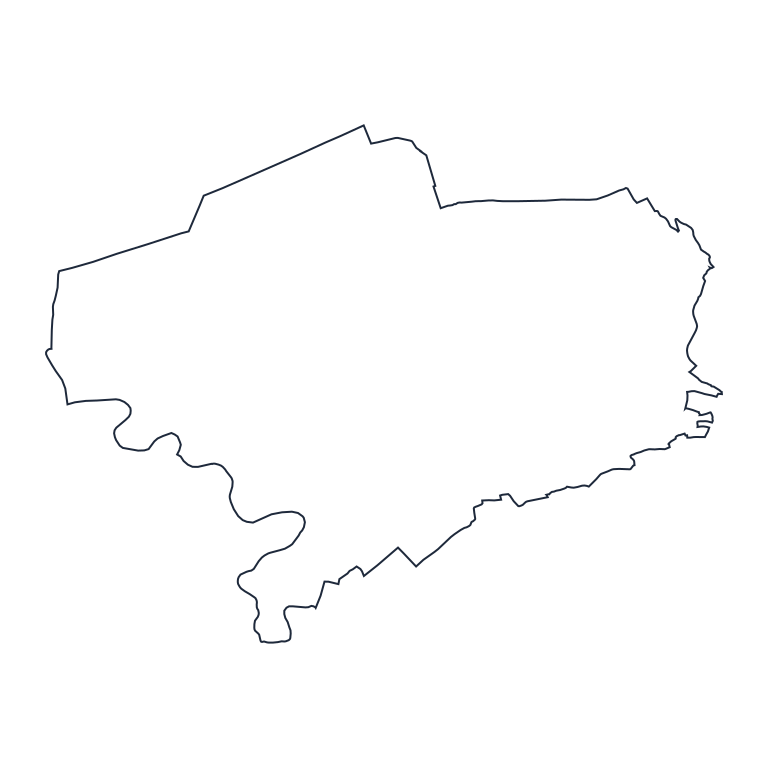 outline of Grosi, Maramures, Romania
{"feature_id": "2599482B61705992201694", "entity_name": "Grosi", "entity_type": "district", "adm_level": 2, "iso_a3": "ROU", "parent_name": "Romania", "parent_adm1": "Maramures", "projection": "natural_earth1", "projection_center": [23.601, 47.611], "detail": "fine", "context": "isolated", "style": "outline", "palette": "slate", "viewbox_px": 768, "rotation_deg": 0, "n_neighbors": 0, "source": "geoboundaries", "source_scale": "gbopen_adm2", "svg_char_len": 6087}
<svg xmlns="http://www.w3.org/2000/svg" viewBox="0 0 768 768"><path d="M315.7,607.9L320.6,595.7L324.5,581.6L328.5,581.7L338.4,584.1L339.4,579.1L347.5,573.5L349.6,570.9L352.8,569.3L356.6,566.5L360.4,569.0L362.0,571.3L363.9,576.0L377.4,565.3L398.0,547.6L403.8,553.5L416.1,566.5L423.4,559.8L434.4,552.0L438.1,549.1L450.9,537.0L454.5,534.2L460.6,530.0L464.4,527.9L466.6,527.3L468.0,526.6L469.4,525.8L470.4,524.9L471.4,522.2L472.0,521.7L473.1,521.2L474.9,519.6L475.2,519.0L475.1,517.9L474.3,512.9L473.8,508.4L474.2,507.5L475.8,506.7L477.6,506.1L481.6,504.4L482.5,503.3L482.2,500.5L488.8,500.2L494.3,500.4L501.1,499.7L500.1,495.5L502.3,494.8L508.2,494.1L510.1,495.8L513.7,501.2L518.3,506.1L519.3,506.2L520.9,505.7L522.7,504.9L525.4,502.3L526.1,501.8L527.4,501.3L547.7,497.2L546.8,495.2L546.4,494.8L548.7,494.2L549.3,494.3L550.2,493.1L551.9,491.9L554.0,491.6L556.3,490.7L560.1,490.0L564.5,488.5L565.9,487.8L567.0,486.7L571.3,487.5L573.7,487.7L577.5,487.0L582.0,485.7L584.5,485.5L586.9,485.9L588.8,486.6L596.3,479.1L599.7,475.2L600.7,474.2L601.4,473.8L607.7,471.4L611.8,469.6L613.4,469.2L619.1,468.9L629.9,469.3L630.7,468.9L633.1,465.8L633.6,465.4L634.5,465.2L634.2,461.6L633.9,460.5L632.5,458.9L631.3,458.0L630.9,457.5L630.6,456.7L630.5,456.2L630.6,455.8L631.7,455.0L633.9,454.4L634.2,454.1L636.7,453.1L640.7,452.0L644.2,450.5L648.6,449.3L649.7,449.2L654.8,449.4L659.7,449.0L664.7,449.2L665.7,448.9L669.7,447.2L669.1,444.6L668.5,444.1L668.6,443.7L671.2,441.3L675.5,438.8L675.7,438.6L675.7,437.2L676.6,436.2L679.0,435.1L679.9,435.1L684.6,433.6L685.5,435.5L687.1,435.3L687.3,437.7L690.0,437.7L693.7,437.1L696.0,437.0L704.9,437.1L706.2,434.5L707.9,431.5L709.2,427.6L706.7,426.9L703.4,426.4L700.8,426.5L697.5,427.0L697.7,425.6L697.3,423.4L697.4,421.9L698.1,421.5L699.9,421.3L705.8,421.2L707.6,421.4L712.0,422.6L712.8,420.8L712.4,418.8L712.6,417.7L712.5,416.6L712.2,415.5L711.3,413.5L710.6,412.4L710.2,412.4L706.5,413.8L703.5,414.6L701.9,415.0L699.9,415.1L700.1,414.8L700.0,414.4L698.9,413.2L698.9,412.2L696.9,411.6L693.0,410.1L688.5,408.8L686.1,408.3L685.5,408.3L685.3,408.5L687.3,400.3L687.5,395.5L687.1,391.9L688.6,391.8L691.6,391.2L694.5,391.1L701.8,393.1L704.5,394.0L711.5,395.4L716.6,396.8L717.1,395.6L718.2,393.8L721.9,394.1L721.7,391.9L721.0,391.7L719.5,390.2L713.7,386.6L711.5,386.3L711.2,386.0L710.9,385.2L708.3,384.2L707.4,383.5L701.7,381.9L698.9,379.6L698.2,378.5L689.4,372.0L690.7,371.2L696.2,365.8L690.6,360.6L689.6,359.3L688.1,356.5L687.7,355.1L687.3,353.2L687.0,350.5L687.2,348.5L687.9,345.6L694.7,332.9L696.0,330.3L696.8,327.8L697.1,326.2L696.7,323.9L693.7,315.8L693.3,314.1L693.1,311.6L693.2,310.2L694.5,305.6L697.3,300.9L698.1,298.9L698.4,297.3L700.1,295.8L701.0,294.0L703.3,286.0L705.1,281.0L703.2,277.9L704.2,275.3L706.1,273.6L706.5,273.0L706.7,271.9L707.3,271.0L708.2,270.0L709.5,269.1L710.3,268.3L709.9,267.6L711.2,268.2L712.2,267.9L713.5,267.0L710.7,264.0L709.5,261.5L709.2,260.0L709.2,258.5L709.8,257.7L709.9,257.0L709.4,255.7L708.3,254.5L707.4,254.1L705.4,252.5L703.8,251.6L701.0,249.6L699.4,245.3L698.0,243.0L695.8,240.0L693.8,236.1L693.4,234.7L693.2,232.2L692.7,230.0L691.1,227.9L686.1,224.6L683.8,224.0L681.1,222.7L679.5,221.6L677.0,219.0L675.9,219.0L675.5,219.4L675.5,220.6L677.9,228.1L678.9,230.6L678.0,231.6L676.5,230.0L671.3,227.2L670.1,226.1L668.0,221.4L666.1,218.8L664.5,217.5L660.5,215.8L659.3,214.1L657.9,211.4L657.1,211.0L654.8,211.1L647.1,198.4L636.9,202.9L633.7,199.4L627.6,188.6L625.9,188.0L623.5,189.3L619.1,190.5L607.7,195.5L596.6,199.3L589.4,199.8L561.2,199.6L545.4,200.7L517.7,201.2L503.0,201.2L497.2,200.9L493.0,200.4L488.2,200.5L481.3,201.1L475.7,201.2L471.6,201.7L461.7,202.6L459.5,202.5L457.6,202.9L455.8,204.1L454.2,204.1L452.5,205.1L450.1,205.5L447.9,205.7L440.7,208.2L433.5,186.5L435.3,185.9L426.3,155.3L420.6,151.4L420.9,151.2L416.3,147.9L412.2,141.5L411.3,141.0L410.1,140.6L397.8,137.9L395.4,138.0L377.8,142.3L371.1,143.6L363.7,125.4L339.9,136.3L325.5,142.5L300.6,153.9L247.8,177.1L222.7,188.1L203.7,195.7L199.7,205.5L188.7,231.4L181.2,233.3L148.0,244.1L116.8,253.8L93.0,261.9L72.1,267.9L59.2,271.1L58.2,274.5L57.6,287.6L55.8,295.8L54.6,300.5L53.3,304.1L52.9,306.8L53.2,314.8L52.4,319.6L51.8,329.9L51.4,347.8L51.5,348.8L49.4,349.0L48.2,349.6L47.0,350.7L46.1,352.2L46.1,354.2L47.5,357.4L52.0,365.1L55.7,371.0L62.1,380.0L65.3,388.5L67.5,404.4L74.9,402.3L85.8,400.9L97.2,400.5L115.9,399.3L119.6,399.9L124.4,402.0L128.0,404.9L130.4,408.1L130.7,410.7L130.4,413.8L128.9,416.7L125.5,420.0L116.3,427.7L114.6,430.3L114.1,433.3L114.9,437.1L116.1,440.1L119.7,445.6L122.8,447.9L138.1,450.6L144.3,450.4L148.6,449.1L154.3,441.4L157.6,438.5L163.0,436.0L171.4,433.0L174.7,434.5L177.6,436.5L180.1,442.5L180.8,444.8L179.3,450.2L177.1,454.5L180.7,456.5L183.6,461.0L187.9,464.7L192.5,466.8L197.9,466.9L211.5,463.8L212.1,464.0L212.9,463.7L215.0,463.7L218.5,464.6L221.0,465.6L222.8,466.9L225.2,469.5L226.2,471.1L230.9,477.1L231.7,478.3L232.6,481.1L232.6,482.7L232.3,486.7L229.9,494.7L229.7,496.4L229.8,498.0L230.8,501.9L233.8,509.2L238.2,516.1L242.7,520.1L246.8,521.8L253.0,522.6L271.5,514.3L282.0,512.3L291.9,511.7L298.0,513.0L302.6,516.3L303.7,517.7L304.9,522.2L303.9,527.2L302.2,530.4L300.2,532.6L298.7,535.5L292.2,544.2L289.8,545.9L284.9,548.7L279.8,550.2L270.4,552.7L268.3,553.4L264.5,555.5L261.9,557.5L258.7,561.2L253.8,568.9L251.3,570.6L248.7,571.1L246.5,571.8L240.5,574.6L238.7,577.1L238.0,579.0L237.8,580.9L237.8,582.2L238.1,583.9L239.0,585.6L240.1,587.4L241.3,588.7L244.9,591.3L249.7,594.1L254.4,597.3L255.5,598.2L256.5,600.2L256.8,601.4L256.9,602.9L256.7,604.2L256.8,607.3L257.3,608.8L258.2,610.1L258.8,613.0L258.6,614.8L257.8,616.9L255.0,620.7L254.4,624.1L254.3,627.8L254.5,629.4L255.1,630.7L258.5,633.8L259.2,634.8L260.4,640.1L260.9,641.4L261.3,641.8L262.3,641.9L264.0,641.5L267.1,642.4L268.8,642.6L272.9,642.6L277.9,642.1L281.6,641.3L284.5,641.5L285.8,641.3L288.7,640.2L289.7,639.3L290.1,638.7L290.3,637.9L290.7,633.5L290.5,630.3L289.4,627.5L287.7,622.1L285.3,617.9L284.3,614.1L284.3,610.7L286.5,607.7L289.1,606.3L292.5,606.3L305.4,607.4L308.3,607.2L311.4,605.9L313.5,606.3L315.4,607.4L315.7,607.9Z" fill="none" stroke="#1e293b" stroke-width="2"/></svg>